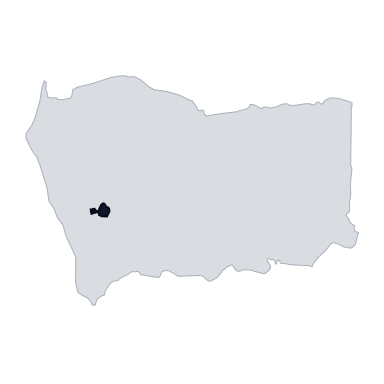 Atiwa West, Eastern, Ghana shown in context, rotated 91°
{"feature_id": "2480657B65169023596143", "entity_name": "Atiwa West", "entity_type": "district", "adm_level": 2, "iso_a3": "GHA", "parent_name": "Ghana", "parent_adm1": "Eastern", "projection": "orthographic", "projection_center": [-0.601, 6.209], "detail": "fine", "context": "in_parent", "style": "filled", "palette": "ink", "viewbox_px": 384, "rotation_deg": 91, "n_neighbors": 0, "source": "geoboundaries", "source_scale": "gbopen_adm2", "svg_char_len": 5461}
<svg xmlns="http://www.w3.org/2000/svg" viewBox="0 0 384 384"><g transform="rotate(91 192 192)"><path d="M241.4,27.7L244.6,30.8L245.4,32.6L244.2,39.3L241.8,44.1L240.3,48.5L240.5,50.7L242.0,52.9L247.0,56.4L249.5,58.6L252.6,62.1L256.1,65.4L262.0,69.7L264.5,70.5L264.4,71.7L263.6,73.4L263.1,89.6L262.7,93.8L262.2,95.9L261.7,102.0L261.1,102.9L259.9,102.8L258.9,103.0L258.6,104.2L259.1,105.5L262.7,106.4L261.9,107.3L259.2,108.1L258.0,109.9L258.5,112.0L257.1,113.7L257.5,114.8L258.4,115.6L260.0,115.3L264.1,112.5L265.9,112.2L268.1,112.8L272.1,117.1L272.3,119.2L270.7,126.3L269.1,131.8L268.8,139.2L270.5,143.3L270.3,145.6L268.5,147.6L264.3,150.4L264.6,152.3L266.6,156.0L270.1,160.0L276.9,165.0L280.6,171.5L280.7,174.1L278.6,176.8L276.1,179.1L275.3,182.4L276.5,204.2L271.1,213.7L271.0,216.4L271.6,219.5L273.0,221.4L275.8,221.9L278.1,223.7L277.3,230.4L276.1,237.1L275.9,240.4L275.3,242.0L273.1,243.3L272.3,245.4L272.9,248.0L272.5,250.0L273.7,252.5L276.1,255.7L280.2,263.5L281.7,264.1L282.4,265.7L282.0,267.3L283.5,270.8L287.9,274.2L292.6,277.2L296.4,277.6L297.3,280.3L299.8,283.8L301.6,285.3L304.4,286.2L306.8,286.7L306.9,289.6L302.7,291.6L299.8,294.7L297.6,299.2L294.6,304.3L284.2,306.9L280.2,306.9L258.8,307.1L238.8,317.0L227.2,320.5L220.1,326.1L210.5,330.0L203.9,334.8L190.0,337.1L167.3,344.7L160.1,347.6L152.9,352.9L141.2,359.0L136.6,358.9L127.5,353.1L120.6,350.2L103.7,345.7L91.2,344.0L85.1,342.1L83.4,341.7L84.9,339.7L88.4,339.6L92.1,340.2L94.9,338.6L99.0,338.4L100.0,336.8L100.4,332.7L100.3,329.3L101.8,327.8L102.2,323.9L100.2,315.1L98.8,314.1L91.4,312.8L90.9,311.1L89.6,309.3L88.2,304.7L86.6,298.0L84.1,289.7L79.2,276.0L78.1,271.1L77.2,266.2L77.1,260.3L78.1,258.1L78.0,255.0L77.5,252.0L81.0,245.0L87.9,236.5L89.3,233.4L90.6,231.3L90.8,228.2L92.1,218.3L95.4,206.2L97.4,201.7L98.8,199.3L100.5,195.3L100.9,193.4L107.2,188.7L110.1,187.4L110.7,185.6L109.8,183.5L110.2,182.2L111.7,181.5L114.0,180.9L115.7,179.0L113.1,164.2L111.1,149.4L111.0,148.1L109.7,146.1L108.5,140.0L106.4,136.4L103.5,135.3L103.5,132.0L106.5,126.3L107.3,122.9L105.9,122.0L105.7,119.4L106.7,115.2L106.2,112.6L105.7,109.8L102.7,103.4L102.0,98.8L103.6,96.1L103.6,90.3L101.9,81.2L101.7,75.5L102.9,73.1L102.3,70.9L100.1,68.7L100.0,66.6L101.9,64.6L101.7,63.0L99.3,61.8L97.2,59.1L95.4,54.7L95.8,47.6L99.4,34.6L99.9,33.6L103.9,33.6L103.9,34.2L116.3,34.1L130.5,34.0L147.5,33.9L162.9,33.8L163.6,33.2L166.1,32.5L181.7,33.8L191.5,33.2L195.6,33.6L198.6,34.5L205.4,34.0L208.9,34.3L211.7,37.5L212.8,37.5L214.3,36.1L217.0,34.6L219.7,33.3L221.7,30.8L222.8,28.9L224.6,29.2L227.2,29.1L228.9,27.5L229.5,25.0L241.4,27.7Z" fill="#d9dde1" stroke="#a8b0b8" stroke-width="1"/><path d="M218.3,276.5L218.2,276.4L217.2,276.1L216.7,275.7L215.9,275.5L215.1,274.9L213.3,274.2L212.4,274.0L211.7,274.0L210.9,274.4L210.1,274.3L209.5,274.8L208.9,275.2L208.7,275.6L208.5,276.0L208.1,277.3L207.6,277.8L207.0,278.0L206.3,278.2L205.5,279.0L205.4,279.3L205.3,279.7L204.9,279.9L205.1,280.0L205.3,280.4L205.3,280.7L205.4,281.0L205.1,281.2L205.0,281.4L205.3,281.5L205.6,281.7L205.8,281.9L205.9,282.1L206.0,282.2L206.3,282.2L206.3,282.5L206.4,282.9L206.6,282.9L206.8,282.7L207.0,282.8L207.3,282.8L207.5,282.8L207.6,283.0L207.8,282.9L207.9,283.0L208.0,283.2L208.1,283.3L208.4,283.4L208.4,283.5L208.4,283.9L208.6,283.9L208.8,283.9L209.0,283.8L209.3,283.9L209.5,283.9L209.7,284.0L209.7,284.4L209.7,284.5L209.9,284.6L210.0,284.6L210.3,284.6L210.5,284.7L211.0,284.6L211.3,284.7L211.7,284.7L211.9,284.7L212.0,284.6L212.3,284.8L212.5,285.1L212.4,285.4L212.8,285.6L213.0,285.7L213.2,285.8L213.2,286.0L212.7,286.5L212.1,287.1L212.1,287.6L211.7,288.4L211.1,288.5L210.9,288.6L210.9,288.8L210.5,289.1L210.4,289.1L210.2,289.1L210.1,289.3L210.4,290.0L210.6,290.1L210.5,290.4L210.3,290.6L210.2,290.5L210.4,290.9L210.6,291.1L210.8,291.1L211.0,290.9L211.1,291.0L210.8,291.2L210.9,291.4L211.2,291.4L211.4,291.5L211.6,292.1L211.3,292.4L211.1,292.6L211.1,292.9L211.0,293.2L211.3,293.2L211.5,293.0L211.8,293.0L212.0,293.0L212.2,292.7L212.3,292.7L212.5,292.7L212.9,292.7L212.9,292.8L213.0,292.9L213.3,292.7L213.6,292.5L213.6,292.3L213.8,292.2L214.1,292.0L214.3,292.2L214.3,292.3L214.4,292.2L214.4,291.9L214.5,291.8L214.5,291.7L214.4,291.5L214.7,291.7L214.8,291.7L215.0,291.8L215.0,292.0L215.2,292.3L215.3,292.3L215.6,292.4L215.5,291.7L215.4,291.8L215.2,291.7L215.5,291.3L215.7,291.6L215.8,291.5L215.8,291.4L215.7,291.2L215.4,291.1L215.3,290.9L214.9,290.2L214.9,290.3L214.8,290.2L214.8,289.9L214.7,289.9L214.4,289.3L214.4,289.2L214.5,289.0L214.6,288.9L214.8,288.8L214.8,288.7L214.4,288.0L214.4,287.9L214.2,287.7L214.1,287.4L213.9,287.3L213.8,287.2L213.8,286.9L213.9,286.7L213.9,286.4L213.9,286.2L214.0,286.1L214.1,285.8L214.2,285.6L214.3,285.5L214.3,285.4L214.5,285.4L214.9,285.5L215.0,285.4L215.2,285.2L215.3,285.1L215.5,284.9L215.7,284.7L215.9,284.6L216.0,284.5L216.3,284.5L216.5,284.6L216.8,284.6L216.8,284.4L216.8,284.2L216.7,284.0L216.7,283.9L216.8,283.8L217.0,283.8L217.1,283.7L217.3,283.5L217.3,283.4L217.3,283.2L217.2,283.2L216.9,283.0L216.9,282.9L217.0,282.8L217.2,282.7L217.3,282.7L217.5,282.6L217.8,282.6L217.9,282.4L217.7,282.3L217.8,282.3L217.8,282.2L218.0,282.1L218.0,281.9L218.1,281.7L218.0,281.0L218.0,280.9L218.1,280.7L218.1,280.3L218.1,280.0L218.1,279.9L218.0,279.6L218.1,279.4L218.2,279.2L218.3,278.9L218.4,278.7L218.2,278.5L218.1,278.4L217.9,278.2L217.7,278.2L217.5,278.3L217.4,278.2L217.5,277.9L217.6,277.7L217.7,277.4L217.8,277.2L218.0,276.9L218.1,276.7L218.3,276.5L218.3,276.5Z" fill="#0f172a" stroke="#020617" stroke-width="1.5"/></g></svg>